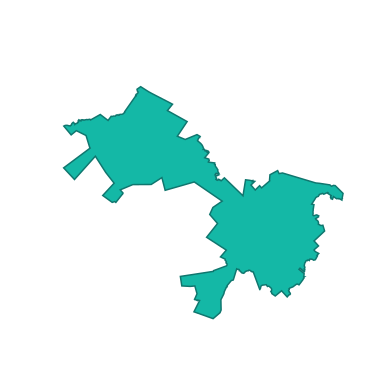 Villa Hidalgo, San Luis Potosí, Mexico (orthographic projection), rotated 308°
{"feature_id": "50627088B95617722070364", "entity_name": "Villa Hidalgo", "entity_type": "district", "adm_level": 2, "iso_a3": "MEX", "parent_name": "Mexico", "parent_adm1": "San Luis Potosí", "projection": "orthographic", "projection_center": [-100.656, 22.682], "detail": "fine", "context": "isolated", "style": "filled", "palette": "teal", "viewbox_px": 384, "rotation_deg": 308, "n_neighbors": 0, "source": "geoboundaries", "source_scale": "gbopen_adm2", "svg_char_len": 5942}
<svg xmlns="http://www.w3.org/2000/svg" viewBox="0 0 384 384"><g transform="rotate(308 192 192)"><path d="M109.0,260.0L108.9,260.5L109.5,261.5L109.7,263.0L110.3,262.9L111.2,264.8L98.8,267.3L105.2,286.6L114.1,288.4L116.9,287.6L124.9,281.1L130.9,279.9L132.3,279.4L133.2,278.8L134.5,278.6L135.3,278.3L136.7,278.1L137.2,277.8L137.6,277.8L138.2,278.0L138.3,277.7L139.4,277.8L139.5,277.5L139.8,277.5L140.0,277.3L146.4,277.5L148.1,278.7L159.0,274.5L159.2,275.8L159.9,276.5L159.9,277.1L159.1,277.7L159.4,278.6L159.3,279.2L158.9,280.7L159.2,281.6L159.6,282.6L160.6,283.1L162.0,283.0L162.7,283.4L163.1,283.4L163.4,283.8L164.1,284.1L164.3,284.6L164.8,285.0L165.2,284.8L165.8,285.5L166.0,286.1L166.0,286.6L166.1,287.0L165.8,287.5L166.3,288.8L166.7,289.0L166.7,289.5L156.5,306.0L156.9,305.6L157.3,305.3L158.5,305.2L159.5,304.6L160.4,304.3L161.5,304.6L161.9,304.8L164.7,307.6L164.0,309.6L164.9,310.3L165.2,311.2L165.1,311.5L164.9,313.9L164.6,314.4L163.7,315.2L162.0,315.5L162.1,316.2L161.1,317.5L161.3,321.6L169.3,323.4L167.9,331.6L170.1,331.7L170.8,331.8L171.3,332.3L172.2,332.3L172.7,331.8L173.0,330.8L173.0,330.4L173.1,330.0L173.4,329.9L173.6,329.2L173.7,328.8L174.0,328.7L174.2,328.8L174.6,328.8L175.5,328.4L175.5,328.1L176.7,328.3L179.3,329.9L183.4,331.0L183.9,331.3L184.4,331.8L184.7,333.5L187.6,333.5L191.1,333.4L192.8,333.1L193.2,333.2L193.7,332.4L194.2,332.6L194.0,332.3L196.7,330.6L196.9,323.9L198.5,324.0L198.3,329.6L198.6,329.6L198.8,329.2L199.4,329.1L199.5,328.9L199.7,328.7L199.9,328.7L200.1,328.4L200.4,328.4L200.4,328.1L200.6,328.3L200.8,328.0L201.6,327.5L201.9,327.5L202.6,326.7L202.7,326.1L203.2,325.7L203.4,325.7L203.8,325.5L204.5,325.0L205.3,324.8L205.8,324.5L206.6,324.6L207.4,324.3L207.9,324.3L208.5,324.4L208.8,325.1L210.0,325.2L210.2,326.6L211.7,326.2L212.7,327.6L213.0,328.3L213.2,329.9L214.6,330.9L218.9,330.2L219.0,329.5L221.6,329.7L221.0,326.3L221.2,324.2L221.7,323.8L227.4,324.9L228.6,318.3L242.9,320.5L246.4,315.6L245.3,314.6L245.1,314.3L244.9,314.0L244.7,313.6L244.8,313.3L244.4,311.4L245.5,310.8L245.7,310.5L246.4,309.6L246.7,308.7L246.7,307.4L246.6,307.0L246.7,306.6L247.0,305.8L250.3,307.0L250.5,306.8L250.9,306.2L251.1,306.3L251.0,305.3L250.8,305.0L250.8,304.5L250.5,304.1L250.3,304.0L250.1,303.8L248.5,302.8L248.1,302.2L248.2,301.9L248.3,301.4L248.5,301.2L249.3,300.9L251.2,299.3L252.5,298.6L253.2,297.9L254.0,297.7L254.9,297.1L257.1,295.9L256.1,293.8L261.9,293.3L263.8,293.0L265.1,293.4L266.3,294.2L267.5,294.1L268.1,293.9L268.7,294.2L269.2,294.2L269.9,294.7L270.1,295.1L270.8,295.4L270.7,295.5L271.3,296.1L271.5,296.3L271.4,297.2L275.2,299.2L275.2,299.7L274.5,299.9L274.9,303.9L274.0,303.8L273.7,304.1L273.7,304.3L273.2,304.4L273.0,304.5L273.1,305.3L272.3,305.6L272.8,307.2L275.5,306.3L275.7,310.1L277.0,311.4L277.0,312.1L277.5,312.3L277.9,315.1L278.9,314.5L279.3,314.5L279.3,314.3L283.9,311.9L285.2,300.9L284.3,299.4L282.4,298.4L282.4,298.2L282.5,296.3L277.5,287.4L275.3,283.9L262.7,251.6L260.1,249.3L261.6,246.3L253.6,242.8L249.0,245.8L248.7,246.4L238.1,244.3L238.6,241.4L232.5,240.6L233.8,234.2L239.0,234.9L238.3,233.6L237.7,233.2L238.4,233.1L238.6,232.9L237.7,232.2L236.7,230.2L234.6,226.7L220.4,234.5L223.1,208.8L218.9,208.1L218.8,207.0L218.5,207.0L218.6,206.2L218.5,205.2L217.1,205.1L217.0,204.2L216.7,204.2L216.7,203.0L217.9,203.0L218.0,202.6L218.7,201.1L220.1,201.4L220.3,201.7L221.1,202.1L220.5,201.2L219.9,201.0L220.0,200.5L219.6,199.6L221.3,199.3L221.7,199.6L221.9,200.1L222.6,201.6L222.9,202.1L223.0,202.1L223.3,201.6L224.0,199.9L224.2,199.6L224.7,199.2L225.0,199.0L225.5,198.6L225.8,197.4L226.2,196.7L226.3,196.1L226.8,194.5L227.5,193.7L227.9,193.5L228.0,193.2L227.7,192.7L228.9,192.0L225.6,186.5L226.2,186.2L227.4,186.2L228.3,185.0L226.8,180.9L233.5,181.1L233.6,180.9L233.5,180.4L233.1,180.4L232.9,180.0L234.0,180.3L234.2,179.5L233.9,178.8L233.2,178.7L233.2,178.9L232.9,178.1L233.2,178.0L233.6,177.8L232.9,176.6L232.6,176.8L232.5,176.7L233.1,176.0L233.0,175.2L232.6,174.7L233.2,174.7L233.5,174.5L233.8,173.5L234.5,172.6L235.2,171.0L235.6,169.1L235.8,164.8L236.2,164.8L237.2,164.3L238.1,164.2L239.6,164.2L239.9,164.3L240.1,164.2L240.1,164.3L240.3,164.2L240.8,164.2L240.3,160.6L229.2,154.3L226.9,146.1L244.5,144.8L241.0,122.5L249.2,122.6L244.9,99.7L244.3,96.1L243.4,86.7L239.1,85.4L237.9,86.8L237.7,87.9L236.9,88.3L236.2,88.4L235.9,88.1L234.8,88.2L234.3,88.4L233.9,88.5L233.9,88.2L233.3,88.7L233.1,88.3L232.8,88.5L213.8,89.5L213.5,89.9L213.0,90.0L212.7,89.8L210.9,89.5L210.1,89.0L208.8,87.4L208.5,87.3L207.7,87.3L207.6,87.1L207.3,86.9L207.3,86.7L207.1,86.4L207.3,86.1L207.1,86.0L206.9,86.1L206.8,85.9L206.4,85.4L206.1,85.3L206.0,84.9L204.7,84.9L203.3,83.2L202.7,82.9L202.0,82.1L201.9,81.7L196.7,81.8L196.6,72.0L186.3,67.7L186.4,67.3L186.2,66.7L186.3,66.6L184.7,65.2L184.4,64.5L182.5,62.9L182.3,62.6L182.0,62.6L181.8,61.7L181.5,61.2L181.2,61.2L180.8,60.7L180.8,60.4L180.5,60.3L180.1,60.4L180.1,60.5L179.9,60.6L179.9,60.2L179.5,60.1L179.6,59.9L179.3,59.5L179.3,59.4L179.5,59.3L179.4,59.0L178.7,58.8L178.9,58.4L178.2,58.4L177.9,58.7L177.9,59.1L177.4,59.0L177.3,59.3L177.1,59.4L176.9,59.3L176.7,59.4L176.2,59.1L175.8,59.3L175.5,59.0L175.1,59.0L174.3,58.3L173.1,58.1L173.4,57.7L173.5,57.6L173.7,57.2L173.6,56.5L173.8,56.2L173.7,55.9L173.8,55.5L172.1,55.2L170.1,55.7L169.6,55.3L169.2,55.4L168.5,54.4L167.9,52.9L167.1,51.8L166.3,51.0L165.0,50.4L162.6,61.6L169.1,63.1L171.3,73.7L164.1,84.0L163.9,84.7L132.0,76.0L129.5,91.7L160.7,93.8L154.3,112.0L151.0,125.2L134.3,123.8L134.7,135.5L136.9,137.0L136.9,138.4L147.4,138.5L147.5,138.6L147.8,138.5L148.0,138.3L148.2,138.2L148.7,138.3L149.5,134.1L161.4,140.8L172.8,155.2L184.8,159.4L176.8,169.8L201.3,187.6L203.4,221.4L192.7,218.0L185.2,219.8L182.9,231.5L165.3,231.4L167.3,254.3L167.3,254.8L158.4,254.4L159.5,259.5L158.5,260.3L158.4,261.6L158.2,262.0L157.1,262.4L157.0,263.7L156.1,264.5L155.1,264.7L143.3,257.4L142.6,257.7L118.3,234.8L111.7,241.8L116.5,248.7L119.7,252.1L114.9,258.6L109.5,260.0L109.0,260.0Z" fill="#14b8a6" stroke="#0f766e" stroke-width="1.5"/></g></svg>